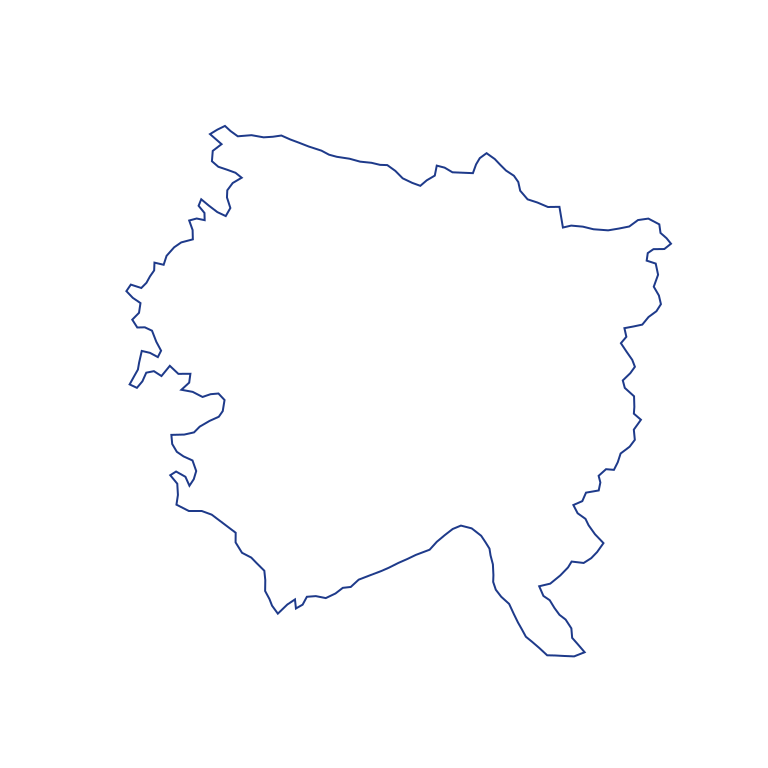 Irani, Santa Catarina, Brazil (orthographic projection), rotated 108°
{"feature_id": "56859067B52796199772180", "entity_name": "Irani", "entity_type": "district", "adm_level": 2, "iso_a3": "BRA", "parent_name": "Brazil", "parent_adm1": "Santa Catarina", "projection": "orthographic", "projection_center": [-51.911, -27.029], "detail": "fine", "context": "isolated", "style": "outline", "palette": "blue", "viewbox_px": 768, "rotation_deg": 108, "n_neighbors": 0, "source": "geoboundaries", "source_scale": "gbopen_adm2", "svg_char_len": 3274}
<svg xmlns="http://www.w3.org/2000/svg" viewBox="0 0 768 768"><g transform="rotate(108 384 384)"><path d="M635.2,414.0L623.6,407.8L616.4,402.1L624.7,398.4L619.0,393.2L610.2,391.6L606.8,383.3L605.6,373.2L598.2,365.4L590.6,360.2L587.3,352.9L577.9,347.6L569.7,337.5L562.8,328.9L557.3,322.7L549.7,315.0L543.2,307.7L536.7,300.9L527.5,289.4L517.7,285.0L509.1,279.6L500.7,273.9L494.9,267.1L494.2,256.0L498.3,244.7L503.2,238.5L508.0,232.8L514.1,229.7L521.9,224.7L531.9,220.9L538.5,219.0L545.1,214.1L550.1,206.8L554.5,197.0L562.7,189.4L569.4,182.9L574.8,177.0L580.5,171.0L583.5,163.3L587.1,154.7L591.6,145.0L589.3,137.3L587.1,129.0L584.3,119.0L577.1,110.3L571.3,119.8L567.3,126.6L558.5,130.3L551.9,138.5L549.3,145.8L544.4,152.6L538.4,159.6L536.3,166.9L528.4,173.9L522.5,164.2L511.6,157.2L501.6,152.3L494.9,150.7L492.5,138.8L485.6,133.1L478.0,129.4L467.5,126.1L461.7,136.9L455.1,145.8L450.0,150.7L447.1,159.9L440.6,166.5L434.1,159.2L424.9,158.3L418.9,146.9L410.8,147.8L405.0,151.5L396.4,146.5L394.6,138.8L386.2,137.5L377.0,137.5L367.7,131.0L359.6,128.2L350.2,132.3L338.6,128.6L335.0,137.2L328.5,138.8L318.4,142.4L313.3,153.8L306.8,158.0L297.6,153.1L290.1,150.7L284.3,155.4L278.4,163.2L272.0,171.3L264.2,168.1L256.6,172.6L252.2,164.5L247.7,156.7L238.5,153.1L230.6,147.4L222.5,145.3L214.9,149.9L208.1,157.5L195.4,157.1L185.5,162.8L185.5,172.3L178.0,173.6L172.5,169.4L169.0,159.1L161.9,154.4L158.0,160.4L154.9,167.7L147.1,171.5L145.0,183.7L149.6,193.1L158.4,199.4L163.5,208.5L168.6,218.3L172.1,232.6L172.9,243.5L175.5,254.9L179.9,262.2L161.3,271.9L165.0,282.8L164.0,294.2L164.0,304.5L158.1,314.2L150.4,318.7L145.8,324.8L143.3,333.9L139.6,341.2L135.8,348.2L132.8,357.8L139.6,362.7L146.7,364.3L156.0,364.6L161.5,384.3L159.5,393.2L160.0,401.3L170.1,400.1L177.1,406.3L184.3,410.7L184.0,419.3L182.6,429.8L177.8,439.1L174.8,448.5L176.8,455.5L177.5,464.3L179.9,475.4L180.4,486.4L182.5,499.1L182.9,507.1L181.4,515.6L181.4,529.0L180.8,539.3L180.4,548.7L179.4,558.4L183.2,566.1L186.6,574.7L188.3,586.9L193.6,599.6L190.9,608.0L187.7,615.0L193.6,621.1L200.1,626.7L206.1,612.6L215.2,618.9L225.3,616.5L228.6,608.7L228.7,599.1L229.0,590.5L231.8,583.1L239.6,590.0L248.2,592.9L255.1,591.0L264.1,584.5L273.2,586.4L272.0,595.7L268.4,605.9L264.8,614.9L271.8,615.4L276.8,607.6L283.6,605.2L284.5,613.3L288.7,619.8L296.7,613.6L305.5,610.5L312.0,620.6L318.8,625.8L329.3,630.4L338.7,630.4L339.5,639.8L347.0,637.7L353.9,639.8L361.2,641.2L367.7,644.5L367.7,655.5L375.3,657.7L379.7,649.5L382.3,640.6L392.0,639.0L400.6,643.3L406.5,636.1L404.0,629.0L405.0,621.1L414.2,613.6L421.2,606.3L428.3,607.4L426.7,616.2L427.4,624.6L439.4,623.5L446.3,622.5L453.2,623.9L463.0,625.8L464.0,617.8L456.1,614.6L446.7,613.6L442.9,606.8L445.2,598.1L432.9,593.3L437.9,582.7L434.1,571.3L442.9,569.7L452.1,574.9L450.6,563.5L452.4,552.6L447.3,545.8L444.2,538.5L448.5,530.7L459.6,529.0L466.2,531.0L473.0,538.5L481.5,546.1L488.7,549.7L493.8,558.3L498.1,570.5L506.5,566.9L512.5,560.1L514.8,552.3L515.9,542.5L524.8,535.7L533.3,535.5L540.9,537.6L533.6,544.2L531.5,554.7L536.8,559.1L542.7,549.8L553.2,545.7L562.9,544.1L565.1,530.3L561.1,518.1L561.5,507.5L571.3,479.1L580.5,476.2L588.4,466.9L590.1,456.6L593.5,450.2L598.6,440.1L607.2,436.3L617.6,433.1L623.9,426.5L629.4,422.0L635.2,414.0Z" fill="none" stroke="#1e3a8a" stroke-width="2"/></g></svg>